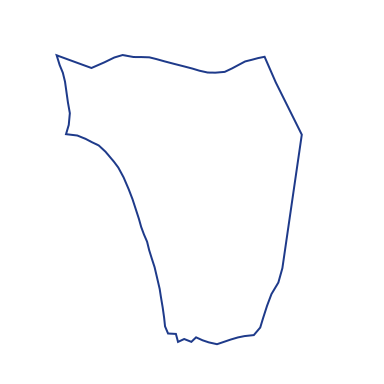 the district of Baía da Traição, Paraíba, Brazil, rotated 172°
{"feature_id": "56859067B41140077622379", "entity_name": "Baía da Traição", "entity_type": "district", "adm_level": 2, "iso_a3": "BRA", "parent_name": "Brazil", "parent_adm1": "Paraíba", "projection": "natural_earth1", "projection_center": [-34.974, -6.659], "detail": "fine", "context": "isolated", "style": "outline", "palette": "blue", "viewbox_px": 384, "rotation_deg": 172, "n_neighbors": 0, "source": "geoboundaries", "source_scale": "gbopen_adm2", "svg_char_len": 1088}
<svg xmlns="http://www.w3.org/2000/svg" viewBox="0 0 384 384"><g transform="rotate(172 192 192)"><path d="M235.4,55.2L227.7,53.7L226.7,45.5L220.2,47.5L213.5,43.7L208.2,47.5L202.2,43.7L196.4,40.8L188.4,37.8L180.5,39.3L174.2,40.5L166.8,41.6L160.1,42.0L150.7,41.7L143.3,48.3L139.3,56.9L133.5,68.9L127.5,79.9L119.1,90.3L113.1,104.0L75.3,233.5L93.8,288.9L101.3,315.8L108.0,315.4L114.4,314.6L121.2,313.9L128.1,311.4L135.2,308.8L142.9,306.4L152.1,306.9L159.8,308.1L167.8,311.1L174.5,314.2L182.9,317.7L191.7,321.3L200.8,325.1L208.8,328.6L215.5,331.3L223.0,332.6L231.1,333.8L241.7,337.3L250.2,336.0L260.7,332.6L274.3,328.8L282.8,333.3L307.0,346.2L305.4,336.2L303.3,328.0L302.4,318.9L302.4,310.8L302.4,297.9L302.0,287.0L304.7,275.6L308.7,266.8L297.7,263.9L289.8,259.3L284.4,255.4L277.9,251.1L272.1,244.0L265.0,232.7L261.6,226.5L257.7,216.0L254.3,203.5L251.9,193.1L250.5,185.2L248.3,172.7L247.2,164.5L245.5,156.7L243.4,149.0L242.5,140.3L241.1,131.8L239.5,122.7L238.7,113.9L237.5,100.5L237.4,92.8L237.1,81.5L237.1,71.4L237.4,62.7L235.4,55.2Z" fill="none" stroke="#1e3a8a" stroke-width="2"/></g></svg>